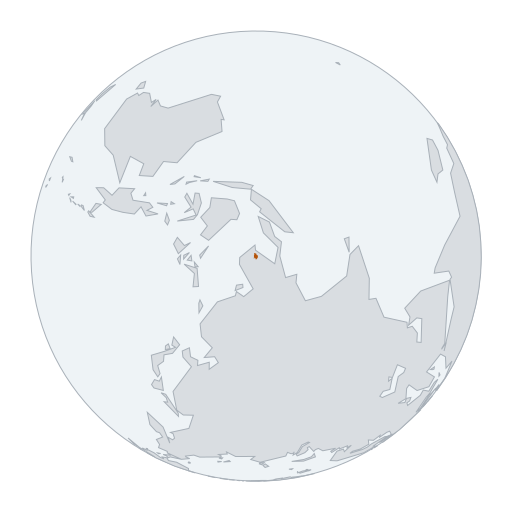 the Earth from above Kândal, rotated 179°
{"feature_id": "KHM-1786", "entity_name": "Kândal", "entity_type": "Province", "adm_level": 1, "iso_a3": "KHM", "parent_name": "Cambodia", "parent_adm1": "", "projection": "orthographic", "projection_center": [104.96, 11.392], "detail": "fine", "context": "on_globe", "style": "filled", "palette": "amber", "viewbox_px": 512, "rotation_deg": 179, "n_neighbors": 0, "source": "natural_earth", "source_scale": "10m", "svg_char_len": 9886}
<svg xmlns="http://www.w3.org/2000/svg" viewBox="0 0 512 512"><g transform="rotate(179 256 256)"><circle cx="256" cy="256" r="225" fill="#eef3f6" stroke="#a8b0b8"/><path d="M465.1,328.2L464.8,329.7L464.6,329.9L465.1,328.2ZM360.0,56.1L360.3,56.4L368.4,61.1L360.8,57.0L381.2,70.1L387.1,76.3L375.8,66.6L371.2,63.7L373.0,66.1L368.6,63.8L366.9,63.9L361.5,61.1L355.3,56.4L351.7,54.8L353.2,56.7L348.7,55.8L347.1,53.0L339.0,51.2L327.2,44.7L327.3,42.3L320.6,40.2L340.7,47.2L360.0,56.1ZM375.2,65.5L373.7,64.2L376.7,66.4L375.2,65.5ZM367.6,64.4L369.5,65.7L367.8,65.3L367.6,64.4ZM358.0,60.9L354.8,60.2L357.0,60.0L358.0,60.9ZM352.3,59.2L344.7,58.3L348.1,60.7L334.1,54.0L345.2,56.6L347.4,55.8L348.8,57.6L352.3,59.2ZM327.7,50.8L324.9,50.1L326.6,50.0L327.7,50.8ZM308.0,36.8L303.7,35.8L302.6,35.6L300.3,35.1L308.0,36.8ZM293.1,33.8L294.9,34.1L290.1,33.4L288.7,33.1L293.1,33.8ZM286.9,32.9L286.7,32.8L285.2,32.6L286.9,32.9ZM287.7,33.1L295.8,34.3L296.1,34.4L287.7,33.1ZM273.2,31.4L273.3,31.4L273.1,31.4L273.2,31.4ZM282.7,32.4L285.6,32.7L285.8,32.8L282.7,32.4ZM273.4,31.4L271.9,31.3L274.0,31.4L273.4,31.4ZM277.6,31.8L277.2,31.9L275.7,31.6L278.8,31.9L277.6,31.8ZM282.5,32.4L283.6,32.6L281.3,32.3L282.5,32.4ZM266.2,31.3L263.8,30.9L268.5,31.1L270.2,31.3L266.2,31.3ZM77.8,118.1L77.7,118.7L76.3,121.0L69.4,130.2L61.9,147.5L68.0,140.5L68.3,151.9L73.2,154.7L87.5,137.1L79.7,132.0L85.4,122.3L97.3,118.7L105.2,124.5L107.7,121.0L108.6,110.8L116.5,106.2L109.7,106.9L108.0,111.0L103.6,111.9L104.9,108.4L107.7,106.6L107.0,103.9L94.2,113.8L91.1,119.0L85.6,117.8L79.9,126.6L76.3,129.6L84.6,115.9L88.4,111.7L98.8,96.9L94.3,101.0L84.2,115.6L84.6,113.9L78.5,120.8L83.6,114.2L95.9,98.2L95.0,98.4L115.7,79.7L115.6,79.8L122.9,74.7L123.0,75.3L134.4,67.9L136.1,67.5L128.9,71.7L123.9,75.5L125.4,78.5L128.2,77.5L135.5,72.7L135.0,74.6L141.8,69.7L146.9,70.1L146.5,65.8L155.1,61.2L162.8,59.1L165.5,57.1L153.0,60.7L148.0,63.0L143.9,66.1L130.4,73.1L128.0,73.4L141.9,64.0L140.1,63.8L151.7,57.4L178.5,49.8L185.3,50.2L178.4,59.5L171.9,61.4L171.1,58.8L164.0,65.1L168.3,62.7L167.9,64.6L176.0,61.6L176.1,62.9L183.7,58.2L184.7,59.4L179.8,62.4L192.6,60.1L197.0,62.5L199.9,61.4L201.7,59.6L206.1,64.5L208.0,63.5L207.3,61.5L210.6,58.5L218.3,55.4L219.4,57.2L216.8,58.6L212.9,64.6L205.8,68.6L207.1,69.1L213.5,66.2L218.2,58.7L222.4,56.3L221.2,59.6L222.0,58.2L224.4,57.7L227.9,59.1L229.7,55.5L255.5,49.7L264.8,52.6L260.8,55.6L279.9,55.9L288.9,60.6L288.2,58.5L296.9,58.2L294.2,56.6L294.6,55.7L315.8,55.9L321.6,58.0L330.0,57.2L329.6,56.3L325.8,54.6L334.1,54.0L348.1,60.7L348.1,62.2L356.8,66.1L355.7,69.3L358.8,74.3L352.5,76.6L355.5,81.0L358.6,82.1L365.0,89.3L367.4,101.6L351.9,86.6L345.5,70.4L346.9,76.2L342.6,73.7L340.6,75.2L342.0,79.8L344.6,81.1L326.1,84.8L321.4,97.9L331.5,98.3L337.9,103.3L341.3,122.0L322.5,146.4L330.8,156.2L331.4,162.3L324.2,165.4L323.2,156.4L315.9,152.7L316.4,147.5L304.6,150.6L304.8,143.5L295.5,150.0L299.1,156.0L309.5,155.4L301.3,165.0L311.9,176.2L313.1,189.1L295.4,210.8L277.3,216.6L276.2,220.8L269.0,215.6L259.4,223.2L272.7,247.9L272.3,254.8L256.8,267.0L256.4,261.8L237.4,247.9L233.8,264.2L248.2,279.0L253.1,295.5L242.0,289.7L237.0,275.2L230.3,269.8L232.2,255.6L226.8,233.9L215.5,237.0L216.5,228.5L207.4,210.4L191.3,214.5L165.7,234.4L162.0,255.9L153.3,264.5L143.1,231.7L143.8,210.6L136.8,211.6L129.1,192.6L106.2,187.1L105.9,181.5L101.0,183.0L96.0,176.2L96.7,167.2L92.4,166.7L91.3,190.5L96.3,191.3L104.6,184.2L103.1,192.4L108.2,201.2L91.9,218.1L62.9,228.4L65.0,212.1L68.8,165.3L71.5,161.0L71.7,160.5L72.1,159.5L67.3,166.3L69.6,157.7L62.2,188.7L58.8,201.7L62.4,229.3L60.8,231.4L63.5,237.6L78.1,235.7L77.1,241.0L67.1,263.8L51.3,292.2L56.3,316.1L60.0,335.4L56.6,345.0L63.4,360.5L62.6,364.0L66.8,372.5L69.8,380.1L72.4,386.2L71.1,384.8L62.5,371.4L54.9,357.5L48.3,343.1L42.6,328.3L38.1,313.1L34.6,297.7L32.2,282.0L31.0,266.2L30.8,250.3L31.7,234.5L33.8,218.8L37.0,203.3L41.2,188.0L46.5,173.0L52.9,158.5L60.3,144.5L68.6,131.0L77.8,118.1ZM108.4,141.1L116.5,144.8L121.7,132.2L125.2,132.8L125.7,128.5L122.0,131.3L124.5,120.2L131.2,118.5L134.7,113.6L132.2,112.3L119.6,117.6L115.9,133.0L110.3,136.9L108.4,141.1ZM144.2,60.4L144.5,60.3L142.6,61.4L144.2,60.4ZM141.5,62.0L140.8,62.4L137.6,64.3L141.5,62.0ZM133.0,67.2L123.3,74.0L119.0,77.2L133.0,67.2ZM252.6,30.7L249.3,30.8L251.3,30.9L248.0,31.3L239.4,31.9L242.3,32.0L240.0,32.7L232.9,33.6L235.1,32.8L225.7,34.6L224.5,34.0L223.5,34.3L219.9,34.5L213.7,35.3L214.2,35.0L211.6,35.5L209.1,35.9L205.6,36.6L205.4,36.5L201.1,37.5L202.9,37.1L219.3,33.7L235.9,31.6L252.6,30.7ZM266.1,30.9L263.3,30.9L263.9,31.0L260.4,30.9L265.0,31.4L255.0,31.5L249.4,31.4L257.4,30.7L256.4,30.7L266.1,30.9ZM78.9,118.2L78.6,119.2L79.0,119.7L75.2,124.4L78.9,118.2ZM87.0,107.3L87.4,107.2L82.1,113.3L82.5,112.6L87.0,107.3ZM92.0,102.2L87.8,106.7L90.3,103.8L92.0,102.2ZM129.6,71.6L130.5,71.6L128.9,72.8L126.3,74.3L129.6,71.6ZM204.6,41.4L206.8,40.3L208.1,40.2L215.7,38.1L217.1,38.8L213.1,40.2L204.6,41.4ZM83.6,139.4L79.6,142.0L80.0,139.8L81.3,139.3L83.6,139.4ZM75.2,132.6L75.0,136.4L74.1,133.9L75.2,132.6ZM207.5,41.7L210.4,40.7L209.3,41.7L207.5,41.7ZM218.5,39.2L218.0,40.1L218.1,38.6L218.5,39.2ZM168.4,445.5L173.1,448.1L170.0,447.8L168.4,445.5ZM79.1,338.9L83.0,370.6L77.5,368.9L72.2,358.5L67.7,338.7L72.6,334.9L73.8,326.6L79.1,338.9ZM309.8,335.2L316.5,336.4L316.2,337.4L309.8,335.2ZM302.8,331.5L310.5,332.1L301.4,333.7L302.8,331.5ZM313.5,332.3L321.3,330.6L324.7,329.0L324.1,331.1L313.5,332.3ZM297.6,331.4L268.9,329.9L257.6,326.5L260.3,322.9L278.6,324.9L297.6,331.4ZM259.4,322.8L242.0,311.1L218.3,278.6L226.8,279.7L251.6,300.1L250.0,303.2L260.5,312.2L259.4,322.8ZM301.3,305.3L299.6,315.0L283.8,313.5L276.6,311.6L271.7,298.8L274.5,292.6L280.4,293.1L303.1,272.5L311.1,278.1L304.1,286.9L310.6,295.7L301.3,305.3ZM162.8,258.1L167.4,271.7L162.7,273.3L162.8,258.1ZM312.3,257.9L303.2,266.9L311.5,254.7L312.3,257.9ZM317.2,246.3L317.8,251.1L314.0,246.3L317.2,246.3ZM276.0,227.2L269.8,228.0L269.6,224.7L277.5,221.8L276.0,227.2ZM314.0,200.2L314.0,209.8L312.8,213.1L310.0,207.1L314.0,200.2ZM223.9,50.0L211.8,51.7L204.1,54.3L201.2,57.5L200.1,54.1L212.0,50.1L223.9,50.0ZM251.5,49.3L253.9,47.2L256.3,48.1L256.1,48.8L251.5,49.3ZM250.5,48.0L247.0,45.5L250.6,44.4L252.7,46.5L250.5,48.0ZM226.8,42.3L223.1,42.7L224.1,41.8L226.8,42.3ZM412.8,413.8L413.2,414.8L406.8,421.0L398.8,427.4L393.3,430.0L412.8,413.8ZM363.3,432.5L365.3,425.9L372.9,425.0L367.9,430.9L363.3,432.5ZM418.1,408.9L423.9,402.3L428.3,394.6L425.0,401.5L427.0,401.0L414.4,414.1L418.1,408.9ZM341.3,405.4L297.7,418.4L288.6,416.4L291.9,410.7L285.5,392.7L288.5,393.2L287.8,381.1L314.1,370.7L333.3,350.6L346.8,352.1L357.7,337.4L371.3,338.5L366.6,350.2L379.9,357.8L390.9,331.6L397.0,359.3L405.2,368.9L405.1,386.0L382.6,415.2L371.6,421.0L370.4,418.5L365.6,421.5L359.5,420.5L357.9,411.4L353.1,414.3L358.6,407.3L351.3,413.6L348.9,407.7L341.3,405.4ZM437.5,353.4L438.9,354.0L440.5,358.5L438.2,357.9L437.5,353.4ZM461.3,334.6L461.4,336.7L460.1,337.6L461.3,334.6ZM464.6,329.9L463.1,331.2L465.1,328.2L464.6,329.9ZM447.8,336.4L448.3,338.0L447.6,338.7L447.8,336.4ZM447.2,335.9L448.5,333.0L448.0,335.8L447.2,335.9ZM441.0,321.4L442.1,319.9L442.5,321.0L441.0,321.4ZM326.3,336.8L335.8,329.5L340.8,329.0L326.3,336.8ZM439.8,318.4L437.2,318.3L437.6,316.8L439.8,318.4ZM440.1,314.9L440.0,312.8L441.3,317.7L440.1,314.9ZM435.4,310.5L438.4,314.1L435.0,310.9L435.4,310.5ZM433.4,311.1L431.2,309.5L431.3,308.8L433.4,311.1ZM405.7,314.7L414.6,327.1L407.1,326.9L398.9,319.2L391.8,326.5L376.2,325.4L380.0,320.9L378.0,313.9L361.6,311.0L358.3,306.5L364.2,303.5L353.2,299.8L365.3,297.9L370.1,307.2L376.9,300.1L388.4,302.0L399.3,305.1L407.9,311.9L405.7,314.7ZM365.1,318.3L367.2,318.3L365.3,321.1L365.1,318.3ZM426.8,304.5L430.1,308.9L429.6,310.1L428.0,309.4L426.8,304.5ZM409.9,310.3L419.2,302.6L421.3,302.7L415.1,311.4L409.9,310.3ZM417.1,297.6L421.2,298.6L423.4,302.9L422.5,304.1L417.1,297.6ZM340.4,309.2L339.9,311.8L336.7,309.7L340.4,309.2ZM344.5,307.8L354.1,310.8L343.6,310.0L344.5,307.8ZM315.2,298.0L318.0,304.2L327.0,300.6L320.1,306.0L326.2,316.2L324.0,319.9L318.1,308.9L315.8,320.0L311.8,319.6L309.7,310.0L313.8,298.4L317.8,293.7L334.1,292.3L315.2,298.0ZM344.5,300.4L342.0,293.2L343.9,288.6L346.6,292.4L344.5,300.4ZM334.3,276.0L327.4,267.7L321.2,270.6L333.6,259.7L338.2,269.4L334.3,276.0ZM328.2,258.0L322.5,260.6L328.4,254.2L328.2,258.0ZM320.9,257.8L320.2,252.2L324.8,253.1L320.9,257.8ZM331.3,258.3L332.2,248.8L334.6,254.5L331.3,258.3ZM317.9,239.6L328.0,249.1L315.1,244.7L314.0,226.5L319.5,226.3L317.9,239.6ZM345.2,169.7L343.5,164.9L348.3,164.0L348.1,167.6L345.2,169.7ZM362.4,158.6L349.1,162.3L338.1,166.1L341.7,168.4L339.8,176.5L333.9,168.6L341.2,160.1L349.7,158.8L350.3,152.3L356.2,148.2L354.0,140.1L356.3,136.9L360.9,144.1L362.4,158.6ZM352.7,136.7L351.0,123.2L360.3,125.8L362.7,129.3L359.6,134.2L354.9,132.5L352.7,136.7ZM353.3,120.9L348.7,119.3L336.5,100.2L336.3,97.0L350.4,111.9L346.9,111.4L348.2,115.9L353.3,120.9ZM326.1,51.1L325.0,50.2L327.5,51.2L326.1,51.1ZM292.9,54.8L293.8,53.7L296.6,54.6L292.9,54.8ZM297.8,51.4L293.9,51.1L297.6,50.6L297.8,51.4ZM285.4,50.9L292.2,50.6L286.4,52.0L285.4,50.9Z" fill="#d9dde1" stroke="#a8b0b8" stroke-width="1"/><path d="M257.0,258.0L256.6,257.9L256.4,257.8L256.2,257.7L256.2,257.4L256.2,257.2L256.3,256.9L256.2,256.8L256.1,256.7L255.9,256.5L255.9,256.4L255.9,256.2L255.7,256.2L255.4,256.2L255.2,256.1L255.3,255.9L255.0,255.9L254.9,255.9L254.9,255.3L254.9,255.1L255.0,254.9L255.0,254.7L255.2,254.3L255.3,254.2L255.5,254.0L255.5,254.3L255.8,254.4L256.0,254.2L256.3,254.2L256.4,254.3L256.4,254.5L256.7,254.6L256.8,254.6L256.7,254.7L256.7,254.8L256.7,255.0L256.6,255.3L256.7,255.5L256.9,255.6L257.2,255.8L257.3,255.8L257.3,256.0L257.2,256.0L257.3,256.5L257.2,256.7L257.1,256.9L257.0,257.1L256.9,257.3L256.9,257.5L257.0,258.0ZM255.9,255.8L255.9,255.7L256.0,255.6L256.0,255.4L255.9,255.3L255.9,255.2L255.9,254.9L255.7,254.9L255.7,255.0L255.4,255.0L255.3,255.3L255.4,255.5L255.4,255.8L255.5,255.8L255.6,255.7L255.8,255.8L255.9,255.8Z" fill="#f59e0b" stroke="#b45309" stroke-width="1.5"/></g></svg>